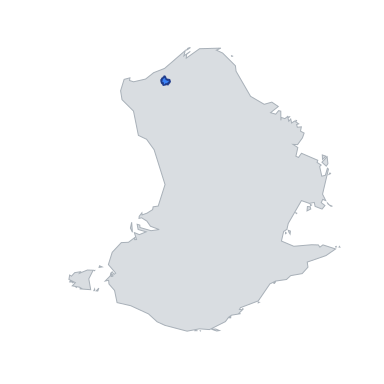 Perenjori, Western Australia, Australia (highlighted), rotated 77°
{"feature_id": "25037944B82153403198712", "entity_name": "Perenjori", "entity_type": "district", "adm_level": 2, "iso_a3": "AUS", "parent_name": "Australia", "parent_adm1": "Western Australia", "projection": "orthographic", "projection_center": [116.454, -29.398], "detail": "fine", "context": "in_parent", "style": "filled", "palette": "blue", "viewbox_px": 384, "rotation_deg": 77, "n_neighbors": 0, "source": "geoboundaries", "source_scale": "gbopen_adm2", "svg_char_len": 5075}
<svg xmlns="http://www.w3.org/2000/svg" viewBox="0 0 384 384"><g transform="rotate(77 192 192)"><path d="M284.1,75.8L286.2,95.5L291.3,95.9L296.3,103.0L295.7,114.7L298.5,119.6L297.6,130.6L299.1,136.8L313.0,151.9L315.6,170.8L317.1,172.2L318.1,169.3L320.7,173.5L321.5,172.1L320.9,181.2L322.2,184.4L325.8,188.6L330.0,205.9L327.0,215.5L326.5,228.1L315.9,248.3L310.6,255.2L301.0,261.8L289.0,277.3L282.9,289.9L270.5,289.6L263.0,293.6L259.3,293.1L259.2,296.6L255.2,290.3L256.3,289.4L256.3,288.1L255.3,287.8L252.8,289.4L251.8,287.7L254.7,286.4L253.9,284.6L243.9,289.8L232.8,283.3L225.4,272.3L226.7,265.2L223.5,258.0L225.5,258.6L225.9,256.7L218.6,257.3L221.7,252.9L220.5,245.6L216.4,252.9L211.1,252.7L212.5,250.3L214.9,250.7L220.5,240.6L221.2,232.4L216.0,240.2L210.2,242.5L205.8,246.9L205.8,249.6L203.8,248.9L201.0,245.5L203.1,245.8L202.5,240.6L200.3,234.3L197.7,233.2L198.1,228.1L178.7,216.6L142.3,219.4L130.4,224.4L124.8,231.5L100.0,230.8L86.3,239.4L77.3,238.8L67.0,232.8L66.8,226.8L69.3,227.8L71.5,224.1L71.5,211.8L67.1,202.5L65.4,190.9L52.7,166.8L57.6,169.3L54.6,162.0L56.7,166.3L60.3,167.5L54.1,152.4L58.3,131.5L59.3,136.3L63.5,130.9L78.8,121.3L84.2,121.9L112.0,113.4L122.8,101.9L122.4,94.0L128.1,88.7L132.4,97.6L135.0,92.9L132.2,89.3L133.2,87.3L142.2,89.3L139.4,88.3L141.4,85.0L139.9,81.8L144.8,81.8L143.1,79.4L147.2,79.4L145.9,76.1L149.6,72.7L149.8,74.9L152.6,74.8L153.1,70.8L157.1,72.6L159.8,69.5L164.1,72.2L169.6,78.5L168.3,82.9L172.5,78.9L180.5,82.7L182.3,80.5L178.9,76.6L189.4,62.3L191.3,63.5L194.8,60.1L195.9,61.9L205.8,62.0L205.7,58.3L199.3,54.7L200.4,53.9L223.5,65.3L230.5,63.6L228.6,66.3L231.4,68.5L235.1,65.5L237.9,69.1L233.7,75.3L229.7,75.2L229.5,80.2L225.0,87.3L244.3,105.3L249.7,107.9L251.1,111.6L259.9,115.9L267.8,105.0L270.3,87.3L272.0,80.8L274.5,79.8L273.0,76.3L279.8,64.9L284.1,75.8ZM246.0,305.9L253.4,312.1L264.4,312.7L261.1,323.3L261.2,321.2L259.4,323.1L256.5,329.8L254.1,326.0L249.5,331.6L245.4,329.9L246.9,328.4L244.2,324.4L244.6,318.6L245.9,320.0L244.5,311.5L246.0,305.9ZM188.1,52.4L195.0,53.2L197.0,55.4L192.2,58.7L188.1,52.4ZM207.9,257.6L217.8,259.1L213.3,260.1L207.9,257.6ZM235.3,80.1L236.3,84.2L232.1,82.8L233.0,80.2L235.3,80.1ZM330.0,204.0L330.9,199.6L333.2,196.4L333.0,199.2L330.0,204.0ZM264.7,304.4L267.3,306.1L266.8,307.6L264.7,304.4ZM187.3,53.4L189.6,57.5L185.2,56.7L187.3,53.4ZM244.6,299.5L243.1,298.7L244.8,296.4L244.6,299.5ZM255.1,105.9L253.0,106.6L251.0,106.8L252.2,104.9L255.1,105.9ZM52.7,165.7L51.0,163.6L50.8,161.5L51.1,161.4L52.7,165.7ZM265.7,308.8L266.4,310.1L264.6,308.7L265.7,308.8ZM322.0,182.2L323.3,182.6L322.8,184.6L322.0,182.2ZM298.1,130.6L299.6,132.2L299.2,132.8L298.1,130.6ZM252.6,329.7L252.1,331.4L251.2,330.6L252.6,329.7ZM328.4,217.8L327.8,220.3L327.7,220.2L328.4,217.8ZM205.6,54.5L204.5,53.3L205.3,52.9L205.6,54.5ZM237.1,59.8L235.3,61.4L237.5,58.4L237.1,59.8ZM329.4,215.0L328.6,215.6L329.3,214.9L329.4,215.0ZM236.5,95.3L235.6,95.5L236.2,94.7L236.5,95.3ZM232.0,79.5L230.8,79.5L231.6,78.4L232.0,79.5ZM69.0,121.4L68.6,123.0L68.1,122.9L69.0,121.4ZM278.0,63.6L277.8,64.9L277.4,63.8L278.0,63.6ZM255.1,288.5L255.1,289.3L254.9,289.0L255.1,288.5ZM234.8,61.9L232.5,62.8L234.9,61.5L234.8,61.9ZM146.2,74.2L145.3,75.0L145.9,74.0L146.2,74.2ZM253.6,328.7L253.0,328.8L253.5,328.3L253.6,328.7ZM253.6,110.3L252.4,110.0L253.2,109.3L253.6,110.3ZM141.2,80.8L140.6,81.3L140.6,80.1L141.2,80.8ZM259.0,326.3L258.1,326.6L258.7,325.7L259.0,326.3ZM279.0,60.3L278.8,61.1L278.2,60.6L279.0,60.3ZM254.3,289.4L254.9,290.4L253.7,289.8L254.3,289.4ZM314.9,152.4L314.2,152.2L314.6,151.3L314.9,152.4ZM317.5,169.0L317.1,168.9L317.6,168.1L317.5,169.0ZM246.8,304.7L246.4,305.3L246.5,304.4L246.8,304.7Z" fill="#d9dde1" stroke="#a8b0b8" stroke-width="1"/><path d="M74.8,195.8L74.9,196.0L75.1,196.0L75.1,195.9L75.3,195.9L75.3,196.0L75.5,196.1L75.7,196.3L75.8,196.3L75.7,196.4L75.7,196.5L75.8,196.7L75.8,196.8L75.8,197.0L76.1,197.2L76.1,197.3L76.1,197.2L76.3,197.2L76.6,197.2L76.8,197.2L77.0,197.2L77.3,197.1L77.5,197.1L77.8,197.1L78.0,197.1L78.3,197.1L78.5,197.1L78.8,197.1L79.0,196.9L79.4,196.9L79.2,196.8L79.3,196.8L79.3,196.7L79.5,196.6L79.4,196.5L79.4,196.4L79.3,196.2L79.2,196.1L79.3,196.1L79.2,195.9L79.2,195.7L79.3,195.7L79.7,195.7L79.7,196.0L80.9,196.0L81.4,196.0L81.5,195.8L81.5,195.6L81.5,195.3L81.5,194.4L81.5,194.1L81.5,193.7L81.5,193.4L80.9,193.3L81.0,191.8L81.7,191.8L81.8,191.8L81.9,191.2L81.5,191.2L81.0,191.2L81.0,190.8L81.1,190.6L81.1,190.4L81.1,190.1L80.9,190.1L80.5,190.1L80.3,190.2L80.3,189.7L80.3,189.3L79.6,189.3L79.6,189.2L79.6,188.5L79.2,188.5L78.8,188.5L78.7,188.5L78.1,188.5L78.1,188.9L77.5,188.9L77.5,189.2L77.5,190.3L77.0,190.3L77.1,190.5L77.1,191.1L76.7,191.2L76.4,191.2L76.3,191.4L76.3,191.6L76.3,191.8L76.2,191.8L75.8,191.8L75.7,191.8L75.4,191.9L75.2,191.9L74.9,191.9L74.7,192.0L74.4,192.0L74.4,192.3L74.1,192.3L73.9,192.3L73.7,192.3L73.4,192.3L73.2,192.3L73.0,192.5L73.0,192.9L73.0,193.0L73.3,193.0L73.4,193.3L73.5,193.4L73.7,193.5L73.7,193.9L73.8,193.9L74.0,193.9L74.1,194.0L74.3,194.1L74.3,194.5L74.3,195.0L74.5,195.0L74.6,195.4L74.6,195.5L74.8,195.5L74.8,195.8L74.8,195.8Z" fill="#3b82f6" stroke="#1e3a8a" stroke-width="1.5"/></g></svg>